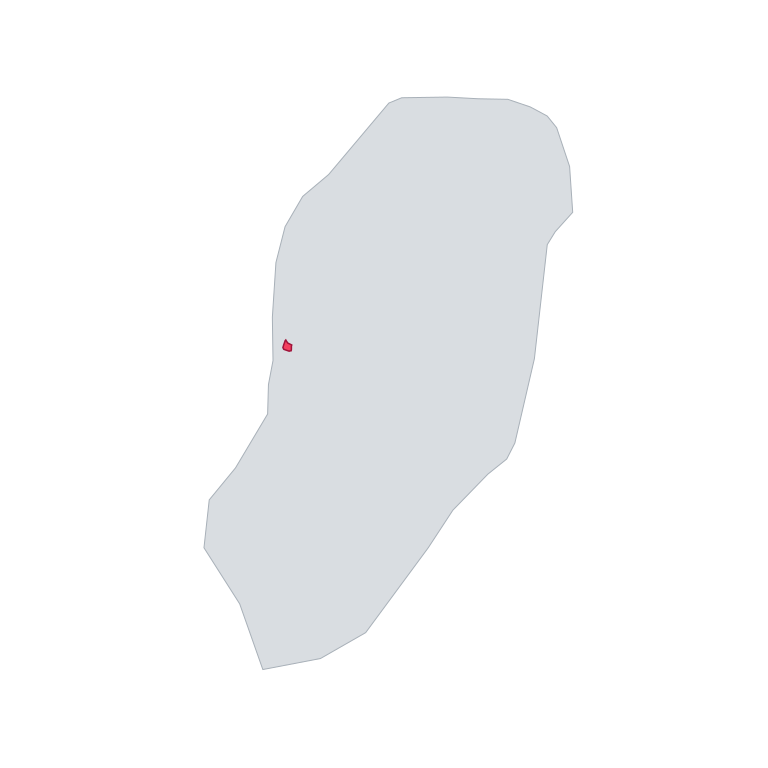 location of 67, Ad Dawhah, Qatar, rotated 198°
{"feature_id": "91078587B3591736578448", "entity_name": "67", "entity_type": "district", "adm_level": 2, "iso_a3": "QAT", "parent_name": "Qatar", "parent_adm1": "Ad Dawhah", "projection": "robinson", "projection_center": [51.491, 25.342], "detail": "fine", "context": "in_parent", "style": "filled", "palette": "rose", "viewbox_px": 768, "rotation_deg": 198, "n_neighbors": 0, "source": "geoboundaries", "source_scale": "gbopen_adm2", "svg_char_len": 856}
<svg xmlns="http://www.w3.org/2000/svg" viewBox="0 0 768 768"><g transform="rotate(198 384 384)"><path d="M412.6,676.4L382.5,684.4L354.2,693.0L330.6,692.7L311.6,689.3L299.0,681.1L274.7,648.2L257.6,605.6L268.2,581.8L271.8,567.0L248.8,454.6L241.3,368.3L244.1,350.6L257.4,330.3L279.5,285.3L291.3,242.0L324.6,141.9L359.6,103.3L411.0,75.0L453.3,130.3L504.6,172.6L514.4,219.8L499.3,258.3L485.4,319.5L493.7,347.7L496.8,372.0L510.8,413.0L524.3,466.1L526.7,503.1L519.3,537.3L501.4,566.1L466.2,652.7L455.6,661.7L412.6,676.4Z" fill="#d9dde1" stroke="#a8b0b8" stroke-width="1"/><path d="M484.5,385.9L484.5,386.0L482.6,386.9L482.7,388.0L483.2,389.7L483.7,391.1L483.8,392.6L485.2,392.8L488.1,393.2L490.5,395.0L491.0,395.5L491.4,394.7L491.4,392.8L491.5,390.4L491.4,387.4L490.0,386.0L484.6,385.9L484.5,385.9Z" fill="#f43f5e" stroke="#9f1239" stroke-width="1.5"/></g></svg>